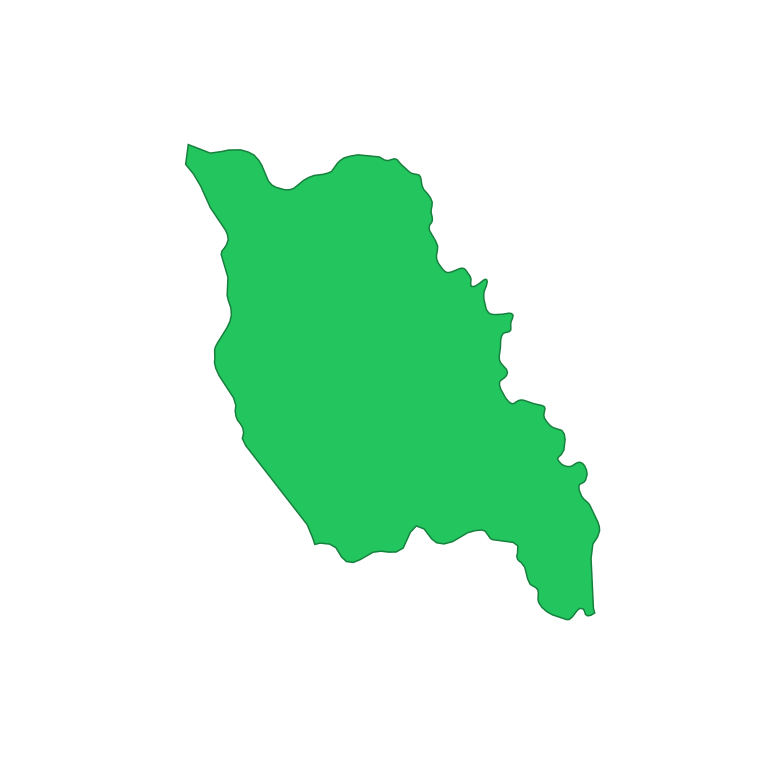 the border of Arad, rotated 235°
{"feature_id": "ROU-276", "entity_name": "Arad", "entity_type": "County", "adm_level": 1, "iso_a3": "ROU", "parent_name": "Romania", "parent_adm1": "", "projection": "equal_earth", "projection_center": [21.659, 46.275], "detail": "fine", "context": "isolated", "style": "filled", "palette": "green", "viewbox_px": 768, "rotation_deg": 235, "n_neighbors": 0, "source": "natural_earth", "source_scale": "10m", "svg_char_len": 3338}
<svg xmlns="http://www.w3.org/2000/svg" viewBox="0 0 768 768"><g transform="rotate(235 384 384)"><path d="M277.5,250.7L284.0,247.7L290.3,240.4L292.3,235.3L298.8,237.3L312.8,240.4L412.9,235.4L420.7,236.7L422.6,239.0L425.0,241.3L429.1,243.1L433.0,243.5L438.7,243.3L442.6,244.3L447.4,246.7L451.3,250.3L458.8,252.8L485.2,253.7L493.3,255.2L498.9,257.5L502.1,260.2L508.8,264.6L511.1,267.2L513.4,271.7L520.0,287.3L523.6,293.7L528.1,298.6L534.1,302.2L541.7,304.4L546.5,306.3L560.8,317.3L583.4,324.9L585.9,327.5L586.8,330.9L588.3,334.7L591.6,339.2L596.1,341.4L600.8,342.4L628.0,342.9L651.0,347.3L665.2,348.4L677.7,347.5L692.4,361.0L672.8,374.1L667.5,384.4L664.9,390.7L658.1,400.8L651.8,405.9L646.2,408.8L639.0,409.7L633.3,409.3L616.5,405.7L611.2,406.3L607.0,408.4L600.0,414.1L597.3,418.0L596.0,422.3L596.9,435.1L596.4,440.5L594.9,446.4L590.6,454.5L588.9,459.2L588.2,463.1L591.5,472.3L592.2,476.3L592.1,481.0L589.9,487.3L586.7,494.1L572.7,510.4L567.2,512.9L566.0,514.0L564.6,515.6L562.8,521.2L561.5,522.7L559.7,523.5L554.4,523.9L543.3,526.4L540.8,527.4L538.6,529.3L536.8,531.2L534.8,532.7L532.1,532.5L524.7,528.9L520.6,528.1L514.5,528.8L509.8,528.8L505.3,527.8L502.1,525.2L499.8,522.7L497.5,521.0L492.6,519.0L490.2,517.4L489.0,515.6L488.1,512.8L486.4,510.7L483.4,509.3L471.5,508.3L466.1,507.0L462.4,504.0L459.8,501.2L456.6,499.0L452.2,497.8L445.0,497.8L441.4,498.4L439.1,499.6L437.9,501.5L437.0,503.9L435.0,512.6L433.9,514.7L432.1,516.0L429.7,516.3L423.0,516.3L420.1,515.5L417.3,513.2L415.2,511.8L413.6,511.7L412.1,514.0L411.7,516.8L411.7,520.0L412.0,525.4L411.5,527.4L410.2,527.9L408.4,527.1L405.9,524.3L402.2,518.9L399.6,516.7L396.2,514.5L386.3,510.5L382.1,510.6L379.6,511.9L377.4,514.4L373.3,520.9L370.3,527.1L368.5,528.9L366.3,529.2L364.0,526.8L362.5,524.3L360.6,522.3L356.8,519.8L355.4,518.6L355.1,516.8L355.6,514.9L356.6,512.9L357.0,510.7L355.9,508.0L353.2,504.9L347.1,500.3L340.3,494.0L337.3,492.3L334.0,491.7L325.7,492.7L322.7,491.8L320.6,489.1L320.0,486.0L320.0,482.9L319.7,480.3L317.2,478.1L312.5,476.6L302.5,475.6L297.4,476.1L294.2,477.6L293.5,479.8L293.5,482.5L293.2,485.1L292.0,487.6L290.1,489.5L282.1,495.3L275.4,501.4L273.3,502.3L271.4,501.7L267.1,497.2L263.9,495.8L258.8,495.7L254.5,496.3L251.1,497.6L244.1,503.0L239.8,503.0L234.6,500.5L226.7,493.4L224.5,488.6L224.1,485.1L223.4,483.5L221.2,482.9L216.6,483.4L213.6,484.9L211.0,487.1L209.6,489.2L209.0,491.4L208.9,496.0L208.4,498.1L207.2,499.9L205.0,501.1L201.8,501.4L197.4,500.5L193.5,498.6L189.6,493.9L188.9,491.3L189.6,486.8L188.3,484.9L185.3,483.1L178.8,481.5L175.1,481.7L169.4,483.0L166.8,483.1L148.2,480.0L143.7,478.6L140.1,476.4L136.1,471.0L133.1,463.3L122.4,453.6L80.0,426.8L75.6,425.3L75.9,420.6L77.4,417.7L79.7,416.9L82.5,417.8L85.3,418.2L87.8,416.0L87.8,412.9L85.1,404.3L84.9,400.6L86.2,398.5L98.1,389.7L100.7,388.4L104.1,386.8L110.5,385.2L116.5,385.4L119.3,386.7L124.7,390.8L127.1,391.9L130.1,391.6L134.5,389.4L136.6,388.9L142.0,389.9L153.2,394.2L159.1,394.0L161.8,393.0L164.4,393.0L166.8,394.0L168.8,396.3L174.7,400.8L180.1,399.0L194.5,383.4L196.5,382.5L205.3,382.5L208.2,380.5L211.6,374.6L214.2,367.1L215.5,349.8L218.6,341.4L223.7,336.1L229.5,334.2L242.3,333.7L249.2,329.0L247.4,320.5L238.6,305.6L239.4,297.6L243.6,291.4L248.8,285.6L252.5,278.5L253.8,263.7L255.5,256.4L260.1,251.4L266.5,250.0L277.5,250.7Z" fill="#22c55e" stroke="#15803d" stroke-width="1.5"/></g></svg>